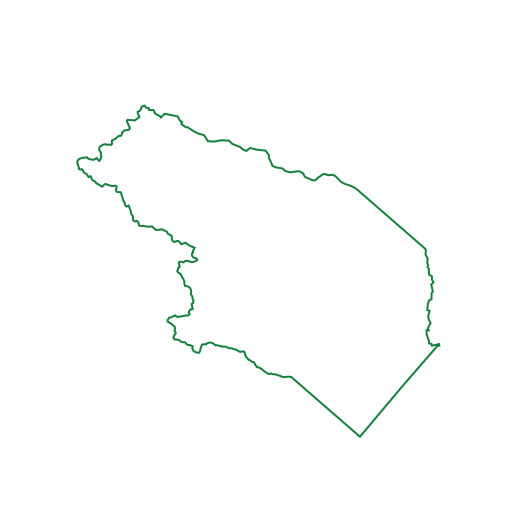 Fairbanks North Star, Alaska, United States of America, rotated 221°
{"feature_id": "52423323B17586964503770", "entity_name": "Fairbanks North Star", "entity_type": "district", "adm_level": 2, "iso_a3": "USA", "parent_name": "United States of America", "parent_adm1": "Alaska", "projection": "mercator", "projection_center": [-145.777, 64.855], "detail": "fine", "context": "isolated", "style": "outline", "palette": "green", "viewbox_px": 512, "rotation_deg": 221, "n_neighbors": 0, "source": "geoboundaries", "source_scale": "gbopen_adm2", "svg_char_len": 4474}
<svg xmlns="http://www.w3.org/2000/svg" viewBox="0 0 512 512"><g transform="rotate(221 256 256)"><path d="M439.1,290.7L439.0,288.9L439.9,287.3L439.0,286.1L437.2,285.4L435.2,284.3L435.7,282.0L436.4,278.8L438.2,277.5L442.3,274.4L442.0,273.0L437.8,271.1L435.0,269.8L434.7,267.9L436.4,265.8L437.5,264.8L437.8,263.0L438.1,261.6L437.0,259.4L436.9,257.8L438.4,256.5L438.8,254.0L439.1,252.0L439.7,250.6L440.5,248.8L439.5,247.3L438.2,246.3L438.1,245.1L440.3,243.5L441.1,242.3L443.1,241.5L444.5,239.6L445.6,236.0L444.4,233.5L442.2,232.6L440.7,232.2L439.4,230.4L438.1,229.9L437.1,227.8L436.6,225.1L438.2,224.9L440.4,225.4L441.5,222.2L443.6,220.8L446.2,219.4L448.4,219.5L449.5,218.3L451.2,216.4L452.1,215.2L453.2,213.0L453.1,210.8L452.1,209.1L449.6,207.6L447.6,206.5L447.0,205.6L445.3,205.8L444.5,207.2L442.9,207.2L440.7,206.1L437.7,206.7L435.7,206.1L434.0,205.8L433.4,207.6L432.4,207.5L429.6,206.0L425.6,206.7L424.4,206.0L422.1,206.7L418.0,207.2L417.4,207.9L417.5,209.4L417.0,211.5L415.2,212.3L413.3,213.0L410.0,214.7L408.4,216.8L406.7,216.9L404.9,213.7L403.2,213.1L401.4,214.1L400.6,215.1L399.6,215.3L396.8,213.4L394.9,212.4L392.6,210.8L389.6,209.8L388.4,208.6L386.2,208.3L385.3,210.5L381.7,208.7L377.3,205.7L375.7,205.6L373.6,203.8L372.1,202.3L369.9,202.7L369.0,204.4L366.9,204.2L364.3,202.3L362.3,203.2L361.1,204.6L357.2,206.9L355.1,208.8L353.7,210.1L348.6,210.0L346.0,212.6L344.8,214.3L342.8,215.0L339.3,215.8L337.0,215.0L335.7,215.3L333.7,215.7L332.4,215.7L330.5,213.4L328.4,212.7L326.6,213.2L325.7,215.2L324.4,216.3L322.5,216.4L320.1,215.8L318.8,218.3L318.1,219.7L316.0,219.8L314.5,220.0L312.3,220.5L310.0,221.2L307.8,222.0L306.8,218.2L305.8,217.6L306.0,216.1L305.0,214.7L303.2,213.8L301.8,214.1L298.9,215.1L297.7,214.4L298.3,212.3L299.3,210.4L300.7,209.0L303.0,208.2L305.1,207.0L306.4,205.2L306.5,203.7L308.7,202.6L310.0,201.5L309.4,199.7L306.5,197.9L306.9,196.3L306.0,194.2L305.4,192.8L304.1,192.5L302.7,192.8L300.4,192.8L298.1,191.5L296.3,191.2L293.5,189.9L291.6,187.8L289.9,186.9L287.4,188.4L284.9,188.7L282.6,187.5L281.2,186.2L280.2,184.5L277.2,183.5L275.7,182.0L274.1,181.6L272.6,179.1L273.1,177.6L269.0,174.4L270.3,173.0L270.1,170.2L269.6,169.2L268.1,168.7L268.1,166.6L270.0,165.0L272.0,162.4L273.7,160.4L275.0,158.7L276.5,158.1L278.0,158.2L278.9,156.3L279.8,154.2L281.1,152.4L280.7,149.7L279.8,148.6L278.3,148.7L275.4,149.4L273.0,149.2L271.4,149.4L269.7,148.4L268.6,146.4L266.0,145.2L265.7,143.1L265.0,140.3L262.8,139.5L261.3,140.7L259.1,142.1L256.3,142.1L254.2,143.3L252.8,144.4L250.9,143.9L248.9,144.3L247.3,145.5L244.5,146.3L243.6,144.6L240.8,143.3L238.1,143.9L235.5,145.6L235.8,147.4L237.2,150.0L237.9,151.8L238.7,153.6L237.2,155.5L235.9,156.3L235.5,158.3L234.4,160.1L232.4,161.6L230.4,161.9L227.7,162.1L226.8,163.3L225.1,163.9L222.7,165.1L221.0,166.4L219.6,167.6L216.9,168.4L215.6,168.9L213.7,170.4L212.2,171.0L210.5,171.8L209.1,172.4L206.1,172.8L204.4,173.9L203.0,175.8L201.2,175.8L200.0,174.9L198.1,173.5L195.4,173.2L193.3,172.8L192.0,173.4L189.3,173.5L187.9,174.5L185.5,173.6L182.7,172.8L181.0,173.6L178.1,174.4L176.7,174.4L174.5,174.4L172.3,174.7L170.3,174.9L168.4,175.7L167.5,177.3L165.8,177.7L164.4,178.8L163.3,179.7L161.1,180.4L159.1,181.5L157.6,181.7L154.9,183.3L153.7,184.9L151.2,187.1L150.0,187.8L145.0,187.8L139.9,187.8L135.2,187.8L126.4,187.8L115.5,187.8L106.6,187.8L105.0,187.8L59.0,187.8L60.1,255.7L60.1,289.8L60.1,307.3L58.8,308.6L60.1,309.6L64.4,303.7L65.9,304.8L68.1,303.5L69.7,305.3L75.8,308.8L78.5,311.7L76.9,313.3L78.9,314.2L80.3,320.0L84.7,321.8L86.6,323.7L89.0,328.5L91.3,327.6L94.5,332.0L96.2,335.9L95.2,338.5L99.2,343.3L99.1,345.1L105.1,349.5L104.7,352.5L107.9,353.8L109.8,356.0L113.4,355.5L117.1,359.7L119.4,360.2L119.9,362.0L122.5,363.2L124.6,366.7L128.6,368.0L132.0,372.2L133.6,372.5L196.5,372.5L223.2,372.5L227.1,372.1L231.9,370.6L236.2,368.7L240.1,367.8L242.7,367.9L248.1,368.4L251.3,367.8L254.1,364.7L258.7,362.5L260.6,355.8L261.0,351.8L263.5,350.1L267.5,348.9L271.0,347.8L274.8,349.3L279.1,348.3L282.1,345.0L285.1,341.6L289.3,339.5L293.6,339.4L299.2,335.9L302.6,334.8L306.4,336.7L310.4,338.5L312.6,340.6L317.9,341.8L325.5,336.6L331.3,333.6L332.2,328.9L335.8,327.8L339.7,327.8L347.1,325.1L352.2,325.3L358.3,320.4L362.8,314.7L367.5,311.2L374.6,313.1L379.9,310.5L385.3,309.2L392.1,308.3L393.4,307.1L399.1,306.7L399.5,308.6L402.4,308.3L406.7,310.0L418.3,303.4L418.6,298.1L420.3,298.5L425.5,297.3L429.0,298.9L432.6,296.0L434.1,297.3L436.1,295.9L438.8,296.4L440.2,293.7L439.1,290.7Z" fill="none" stroke="#15803d" stroke-width="2"/></g></svg>